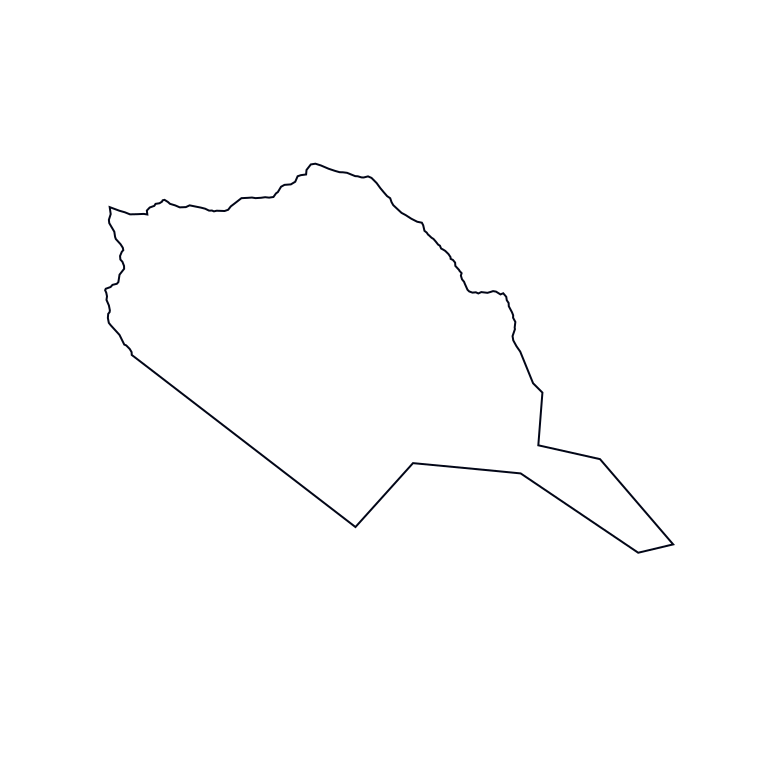 outline of Chuave District, Chimbu, Papua New Guinea, rotated 132°
{"feature_id": "67681753B10783046859630", "entity_name": "Chuave District", "entity_type": "district", "adm_level": 2, "iso_a3": "PNG", "parent_name": "Papua New Guinea", "parent_adm1": "Chimbu", "projection": "equal_earth", "projection_center": [145.121, -6.175], "detail": "fine", "context": "isolated", "style": "outline", "palette": "ink", "viewbox_px": 768, "rotation_deg": 132, "n_neighbors": 0, "source": "geoboundaries", "source_scale": "gbopen_adm2", "svg_char_len": 2300}
<svg xmlns="http://www.w3.org/2000/svg" viewBox="0 0 768 768"><g transform="rotate(132 384 384)"><path d="M531.2,590.9L529.8,573.4L509.4,309.5L423.4,309.5L373.3,242.0L359.0,222.6L339.3,82.2L309.7,61.8L295.3,173.2L326.3,228.3L284.4,260.5L283.7,273.7L268.8,304.4L267.3,310.8L265.1,317.1L262.4,320.5L255.6,323.4L254.7,324.6L250.0,327.9L248.4,332.4L246.5,334.0L245.1,336.8L242.7,343.3L240.4,345.6L239.6,348.8L237.4,351.5L236.8,356.1L239.5,357.4L240.4,362.6L242.0,365.1L244.1,366.3L247.0,368.1L250.6,373.2L253.6,374.5L254.4,377.1L256.9,379.4L258.2,382.6L258.1,385.0L255.3,391.3L254.5,392.8L254.0,396.1L252.0,399.4L249.7,400.5L249.4,403.6L249.0,404.6L248.5,410.0L246.2,412.4L245.7,415.8L246.4,418.2L245.2,419.5L244.3,423.0L244.1,427.5L244.5,429.8L245.1,432.2L243.8,435.0L244.2,437.0L243.5,441.0L243.1,444.3L243.5,446.6L243.4,450.1L243.5,451.2L242.9,453.6L243.1,456.4L239.8,461.1L238.8,463.8L241.2,467.9L242.9,474.3L244.0,481.0L245.1,485.5L244.9,496.8L243.8,500.1L241.8,503.7L242.3,507.4L241.6,513.0L240.9,517.8L239.6,523.9L239.2,531.2L240.4,534.8L244.0,537.2L245.5,538.9L247.2,542.5L248.8,544.5L251.8,552.8L254.1,556.1L256.3,558.7L258.4,563.0L261.1,569.2L263.8,577.1L266.2,582.4L269.8,585.3L276.8,584.8L280.4,582.1L284.4,585.5L287.4,587.2L293.1,585.3L298.0,586.8L302.6,591.2L306.3,592.5L312.4,591.3L314.6,591.8L319.0,591.3L322.4,594.1L324.7,597.3L327.9,600.0L331.8,603.8L333.8,606.9L336.7,609.7L341.3,614.3L349.2,615.7L354.5,616.7L358.8,616.4L362.1,618.2L367.2,624.3L369.5,625.9L370.2,627.9L372.2,630.0L373.4,634.2L375.5,638.2L378.3,642.9L381.3,648.0L385.1,649.6L389.4,654.0L391.0,658.7L393.3,663.6L393.3,666.3L394.0,670.3L395.6,671.4L397.1,671.0L399.9,671.8L403.0,674.3L405.3,673.9L409.6,676.2L413.8,676.3L416.4,673.3L418.3,676.3L423.1,681.2L427.9,686.3L429.8,691.5L432.3,696.6L436.1,706.2L440.6,700.8L446.1,698.3L448.3,695.8L451.3,686.3L454.6,682.3L455.7,680.3L456.4,673.3L457.5,669.3L459.0,667.3L461.2,667.3L465.5,665.8L467.9,663.2L468.2,660.2L470.2,656.2L472.3,654.2L479.7,653.7L486.0,649.6L488.3,649.6L492.0,652.1L494.9,652.1L499.4,654.5L500.9,654.0L502.0,651.5L504.2,648.5L507.2,646.5L509.7,641.0L512.7,637.0L514.2,636.0L516.4,635.9L519.7,633.4L522.7,629.4L523.2,626.4L524.5,613.4L528.5,603.4L527.8,601.4L528.1,596.4L529.2,592.9L531.2,590.9Z" fill="none" stroke="#020617" stroke-width="2"/></g></svg>